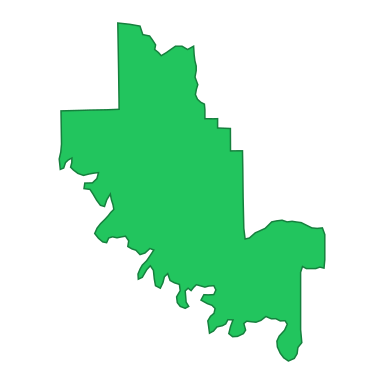 the district of Campina das Missões, Rio Grande do Sul, Brazil
{"feature_id": "56859067B58621448764792", "entity_name": "Campina das Missões", "entity_type": "district", "adm_level": 2, "iso_a3": "BRA", "parent_name": "Brazil", "parent_adm1": "Rio Grande do Sul", "projection": "equal_earth", "projection_center": [-54.831, -27.962], "detail": "fine", "context": "isolated", "style": "filled", "palette": "green", "viewbox_px": 384, "rotation_deg": 0, "n_neighbors": 0, "source": "geoboundaries", "source_scale": "gbopen_adm2", "svg_char_len": 2690}
<svg xmlns="http://www.w3.org/2000/svg" viewBox="0 0 384 384"><path d="M193.6,46.2L187.6,49.5L182.0,46.2L175.5,46.2L170.9,49.4L165.9,52.9L161.2,55.7L158.6,52.7L154.7,49.5L155.6,44.9L152.6,40.2L149.6,36.0L142.8,34.6L140.0,26.1L129.8,24.3L117.8,23.0L118.6,70.1L119.0,98.7L119.1,109.3L106.8,109.8L89.6,110.1L83.4,110.3L61.0,110.9L61.5,144.1L60.8,152.0L59.2,159.0L59.8,164.5L60.3,169.4L63.7,168.0L65.5,162.6L68.2,160.0L71.9,158.0L71.8,162.6L70.6,167.2L73.4,170.0L77.9,173.4L83.5,175.4L89.0,174.0L94.1,173.1L98.5,172.6L96.9,178.6L92.4,182.9L84.8,183.1L84.0,188.6L90.0,189.4L93.0,194.0L96.7,200.3L100.4,205.3L104.5,206.5L106.8,199.7L110.3,194.0L111.4,199.7L113.0,204.7L113.8,209.4L110.8,212.4L108.1,215.9L104.7,219.6L100.6,223.6L97.1,228.1L94.7,233.5L98.5,238.3L102.7,241.9L106.6,242.7L108.7,238.0L112.5,236.8L117.0,237.8L120.8,237.0L125.5,236.2L128.7,240.8L127.8,246.5L131.9,248.9L135.9,250.2L140.0,254.6L145.0,253.0L149.9,248.5L153.8,250.0L150.3,255.4L146.6,260.8L142.3,265.1L140.2,268.8L138.0,274.0L138.3,279.2L142.3,277.3L144.5,273.5L146.8,269.6L150.3,265.8L153.4,270.3L154.3,279.0L155.5,285.7L160.3,288.2L162.9,282.7L164.4,276.8L167.7,273.6L170.1,280.5L174.4,282.8L179.4,284.4L180.2,290.7L176.6,296.9L177.3,302.6L180.2,306.4L185.2,308.3L188.7,306.4L186.1,302.1L185.7,296.6L185.2,290.9L188.1,288.2L191.1,290.6L193.6,287.4L196.4,284.7L201.0,286.0L204.9,287.1L208.8,286.0L213.8,285.7L215.9,289.9L213.8,294.6L208.3,294.9L203.9,294.7L201.0,300.1L207.3,303.6L212.0,305.3L215.1,308.5L214.0,313.3L210.5,316.3L207.8,320.9L208.6,326.2L209.5,333.2L213.5,331.0L217.0,326.9L222.4,325.7L225.7,323.9L227.9,319.7L233.0,319.9L230.6,326.4L228.8,333.6L232.6,336.7L237.5,336.4L243.4,333.6L245.6,330.1L243.8,323.5L246.7,321.2L251.7,321.8L256.0,322.2L260.9,320.4L265.9,316.5L271.4,318.8L275.9,318.7L280.2,320.9L285.0,320.7L287.3,324.2L284.6,330.2L279.2,336.1L276.9,341.1L277.4,347.0L280.3,353.3L283.7,357.8L288.4,361.0L294.3,358.4L297.1,353.7L297.9,347.5L301.8,342.6L300.6,329.7L300.6,323.5L300.6,317.8L300.6,305.5L300.6,296.6L300.6,282.8L300.6,278.0L300.6,272.3L302.5,266.5L306.4,268.6L311.2,268.6L315.7,268.6L319.8,267.1L324.0,268.1L324.8,259.7L324.8,248.9L324.8,234.6L322.4,227.9L317.2,228.4L311.9,227.9L307.2,225.6L301.2,222.6L295.8,221.9L292.1,221.3L287.1,221.9L282.1,220.2L276.5,220.9L271.7,221.9L268.3,225.3L265.1,228.4L262.0,229.8L258.8,231.3L255.3,232.8L249.4,238.0L245.1,239.0L243.8,228.3L243.1,197.3L242.8,169.0L242.5,150.8L230.5,150.9L230.4,128.5L217.6,128.0L217.6,118.7L213.4,118.8L204.9,118.7L204.9,109.8L204.4,104.1L200.8,102.3L197.5,99.3L195.4,94.6L196.4,89.2L197.8,84.7L195.0,77.1L196.2,70.6L196.2,66.0L194.9,60.9L194.1,54.4L193.6,46.2Z" fill="#22c55e" stroke="#15803d" stroke-width="1.5"/></svg>